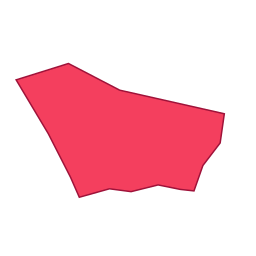 the district of Ayawaso Central Municipal, Greater Accra, Ghana, rotated 76°
{"feature_id": "2480657B92273702685271", "entity_name": "Ayawaso Central Municipal", "entity_type": "district", "adm_level": 2, "iso_a3": "GHA", "parent_name": "Ghana", "parent_adm1": "Greater Accra", "projection": "natural_earth1", "projection_center": [-0.202, 5.58], "detail": "fine", "context": "isolated", "style": "filled", "palette": "rose", "viewbox_px": 256, "rotation_deg": 76, "n_neighbors": 0, "source": "geoboundaries", "source_scale": "gbopen_adm2", "svg_char_len": 342}
<svg xmlns="http://www.w3.org/2000/svg" viewBox="0 0 256 256"><g transform="rotate(76 128 128)"><path d="M183.4,192.0L182.5,160.7L190.5,140.4L190.5,112.6L200.2,92.2L205.0,79.2L182.5,64.4L164.8,42.2L137.5,31.1L89.3,126.9L51.0,170.2L54.2,224.9L114.3,206.7L161.8,195.7L183.4,192.0Z" fill="#f43f5e" stroke="#9f1239" stroke-width="1.5"/></g></svg>